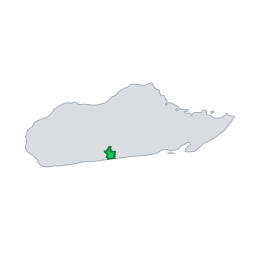 location of Nosy-Varika, Vatovavy-Fitovinany, Madagascar, rotated 67°
{"feature_id": "10022922B12403701465046", "entity_name": "Nosy-Varika", "entity_type": "district", "adm_level": 2, "iso_a3": "MDG", "parent_name": "Madagascar", "parent_adm1": "Vatovavy-Fitovinany", "projection": "robinson", "projection_center": [48.047, -20.536], "detail": "fine", "context": "in_parent", "style": "filled", "palette": "green", "viewbox_px": 256, "rotation_deg": 67, "n_neighbors": 0, "source": "geoboundaries", "source_scale": "gbopen_adm2", "svg_char_len": 6137}
<svg xmlns="http://www.w3.org/2000/svg" viewBox="0 0 256 256"><g transform="rotate(67 128 128)"><path d="M163.0,31.1L163.6,32.7L164.4,34.2L166.6,37.9L167.5,39.3L168.3,40.8L168.7,43.8L170.1,48.5L171.4,55.5L171.8,62.7L172.2,66.0L173.3,69.1L174.9,72.3L175.5,75.9L174.4,79.6L172.9,83.0L172.5,83.7L171.8,84.6L171.5,84.6L170.3,83.7L169.3,82.2L168.1,78.7L167.7,77.0L167.1,76.7L165.7,76.9L164.6,77.9L164.4,78.6L164.7,80.6L165.1,82.3L165.2,84.1L165.3,86.4L165.6,87.0L166.2,87.6L166.8,89.1L166.9,92.6L166.5,94.3L165.5,95.8L165.6,96.7L166.0,97.5L165.6,98.1L164.2,98.7L163.7,99.3L162.9,100.8L161.7,104.0L161.6,105.6L162.3,110.5L162.1,114.0L160.6,120.6L159.7,123.7L158.5,127.5L156.6,132.5L154.7,138.7L153.1,145.1L151.9,148.9L150.6,152.7L148.8,159.4L147.2,166.2L144.9,173.7L141.8,182.1L141.4,183.2L140.8,187.4L140.0,191.1L139.2,194.8L137.4,200.9L137.2,202.7L136.8,204.5L135.1,208.3L134.4,209.7L133.9,211.2L133.6,213.1L133.1,215.0L131.9,218.3L130.0,221.3L128.8,222.3L126.1,223.8L124.7,224.2L121.6,224.2L118.6,225.1L115.6,226.7L112.6,228.7L111.5,229.6L110.2,230.1L106.3,230.2L105.1,229.8L101.1,226.6L99.6,226.1L96.7,225.7L95.8,225.4L95.0,225.0L93.9,223.3L91.5,221.9L91.0,221.5L90.6,220.5L90.4,219.5L89.8,218.3L89.3,216.1L88.5,214.6L86.4,211.8L86.1,211.0L85.9,208.1L86.0,206.1L85.8,202.5L86.0,200.8L86.7,199.3L86.4,197.6L85.6,195.9L85.3,194.1L84.7,192.5L82.4,189.5L81.9,188.1L81.5,186.6L80.6,181.9L80.5,180.3L80.6,176.9L80.9,175.1L81.5,173.9L81.6,172.9L81.9,172.1L82.5,171.5L82.8,170.8L83.6,166.4L84.7,165.4L86.3,164.8L87.5,163.7L88.2,162.1L88.9,158.9L90.9,155.7L91.6,154.1L93.2,151.6L94.6,148.0L95.0,146.3L95.3,144.6L95.7,140.9L95.9,139.0L95.9,137.1L95.0,135.2L93.1,131.8L93.0,131.1L93.2,128.6L93.0,126.7L92.3,124.9L91.3,123.1L90.4,119.9L89.9,114.5L90.0,112.5L89.7,110.8L89.1,109.2L89.5,106.3L95.3,95.8L95.5,94.6L95.2,91.4L95.4,89.6L95.6,88.9L96.0,88.5L97.0,88.3L101.7,87.8L102.3,87.5L103.5,86.6L105.1,84.9L105.9,84.4L106.5,84.6L106.9,85.4L107.4,85.7L109.3,85.0L110.1,85.0L110.8,85.1L111.2,84.4L111.4,83.4L111.7,82.8L112.2,82.4L114.6,82.2L116.2,81.9L118.2,81.2L118.7,81.4L120.3,83.7L120.8,84.0L121.4,84.0L122.0,83.6L120.6,82.4L120.4,81.7L120.5,80.9L121.2,79.1L122.4,77.8L125.0,75.8L127.8,73.5L128.6,73.4L129.3,73.7L129.8,76.4L129.7,76.9L130.2,77.0L130.7,76.6L131.1,75.5L131.1,74.6L130.8,73.7L130.6,73.0L130.6,72.3L132.0,70.7L133.1,69.2L133.6,67.3L134.0,66.5L135.2,65.5L135.5,65.7L135.8,66.5L135.9,67.3L135.6,68.1L135.2,68.9L135.0,70.0L135.7,70.2L136.3,69.9L137.2,68.0L138.2,66.1L138.8,65.2L139.6,64.5L140.9,64.7L142.1,65.1L140.1,63.1L139.6,60.5L142.0,55.9L142.0,55.0L142.4,54.7L142.5,54.3L141.3,52.7L141.1,52.0L141.2,50.8L141.8,49.8L142.4,49.0L143.1,48.8L143.7,49.2L145.1,50.4L146.0,50.6L147.1,49.4L148.0,47.9L149.3,46.8L150.8,46.2L153.2,43.8L154.7,38.8L154.8,37.3L154.5,35.5L153.9,33.8L153.0,31.7L153.3,31.2L154.6,31.5L155.0,31.2L156.4,29.4L158.6,25.8L159.4,25.8L160.0,26.5L160.3,27.4L160.7,28.2L162.3,29.9L163.0,31.1ZM147.1,45.2L147.2,45.8L145.4,45.6L145.1,43.7L146.0,43.6L146.2,42.8L146.7,42.7L147.3,44.4L147.1,45.2ZM168.2,98.9L166.7,101.7L167.1,99.3L168.8,96.0L169.3,95.7L168.2,98.9Z" fill="#d9dde1" stroke="#a8b0b8" stroke-width="1"/><path d="M138.1,153.2L138.2,153.3L138.3,153.4L138.5,153.3L138.6,153.5L138.6,153.8L138.9,153.7L139.0,153.5L139.1,153.8L139.2,153.7L139.2,153.8L139.2,153.7L139.3,153.8L139.4,154.0L139.5,154.0L139.5,154.3L139.5,154.2L139.6,154.3L139.8,154.4L139.8,154.5L139.8,154.9L139.8,155.0L139.8,155.4L139.8,155.5L139.9,155.8L140.0,155.8L140.0,156.0L140.3,156.2L140.4,156.3L140.5,156.2L140.5,156.3L140.8,156.3L140.9,156.5L141.0,156.5L141.0,156.8L141.0,157.1L141.1,157.4L141.2,157.5L141.1,158.1L141.0,158.3L140.9,158.4L140.7,158.4L140.8,158.5L140.7,158.6L140.8,158.6L141.0,158.6L141.0,158.4L141.4,158.4L141.5,158.6L141.8,158.5L141.9,158.4L142.0,158.5L142.2,158.4L142.1,158.1L142.0,157.8L142.1,157.7L142.2,157.4L142.2,157.2L142.3,157.1L142.5,157.2L142.7,157.3L142.7,157.5L142.8,157.4L143.1,157.3L143.3,157.2L143.5,157.2L143.6,157.3L143.8,157.1L143.9,157.4L144.0,157.5L144.3,157.5L144.3,157.4L144.5,157.6L144.8,157.8L145.0,157.9L145.0,158.0L145.0,157.9L145.2,158.1L145.3,158.2L145.5,158.2L145.6,158.3L145.8,158.3L146.0,158.3L146.0,158.7L146.1,158.8L146.1,158.7L146.2,158.4L146.3,158.4L146.4,158.1L146.5,158.1L146.8,158.0L147.0,158.1L147.0,158.4L147.3,158.3L147.4,158.1L147.5,158.1L147.9,158.1L148.0,158.1L147.9,158.3L148.0,158.3L148.2,158.6L148.3,158.6L148.7,158.7L148.8,158.6L148.9,158.4L149.0,158.0L149.0,157.9L149.0,157.5L149.3,156.1L149.5,155.6L149.7,154.7L149.8,154.4L150.0,153.6L150.3,152.7L150.4,152.3L150.5,152.1L150.2,152.2L150.1,152.3L149.9,152.3L149.9,152.2L149.8,151.9L149.7,151.9L149.5,151.7L149.4,151.8L149.3,152.1L149.1,152.0L149.0,151.9L148.8,152.0L148.7,152.0L148.7,151.9L148.6,152.0L148.4,151.9L148.5,151.9L148.4,151.8L148.5,151.7L148.4,151.6L148.1,151.6L148.2,151.3L148.1,151.2L148.0,151.3L147.9,151.3L147.8,151.5L147.7,151.6L147.6,151.3L147.5,151.2L147.7,150.9L147.7,150.7L147.7,150.4L147.7,150.5L147.6,150.4L147.4,150.5L147.3,150.3L147.2,150.2L147.0,150.3L146.9,150.3L146.7,150.4L146.5,150.6L146.4,150.5L146.3,150.4L146.2,150.5L145.9,150.4L145.9,150.2L145.7,150.1L145.4,150.0L145.4,149.9L145.3,149.7L145.2,149.6L145.2,149.4L145.2,149.5L145.2,149.4L145.3,149.2L145.2,149.0L144.9,149.1L144.6,149.1L144.5,149.3L144.4,149.4L144.3,149.5L144.4,149.8L144.5,149.9L144.5,150.0L144.4,150.1L144.3,150.3L144.1,150.5L144.0,150.8L144.0,151.1L143.9,151.3L143.8,151.5L143.7,151.6L143.7,151.9L143.6,152.0L143.6,152.3L143.5,152.6L143.4,152.7L143.2,152.6L143.3,152.6L143.2,152.4L143.1,152.2L143.0,152.3L143.0,152.2L142.9,152.2L142.7,152.2L142.4,152.0L142.2,152.0L141.9,152.3L141.7,152.4L141.7,152.5L141.6,152.4L141.5,152.5L141.4,152.5L141.4,152.4L141.1,152.3L140.9,152.3L140.7,152.4L140.6,152.5L140.4,152.6L140.2,152.7L140.2,152.8L140.0,152.7L139.9,152.8L139.9,152.7L139.9,152.8L139.7,152.8L139.6,152.7L139.6,152.8L139.5,152.7L139.4,152.5L139.4,152.4L139.3,152.5L139.2,152.3L139.2,152.2L139.0,151.9L139.0,152.0L138.9,151.9L138.8,152.0L138.7,151.9L138.6,151.6L138.4,151.5L138.2,151.6L138.1,151.8L138.1,152.0L138.1,152.3L138.0,152.5L138.0,152.8L138.0,153.0L138.1,153.2Z" fill="#22c55e" stroke="#15803d" stroke-width="1.5"/></g></svg>